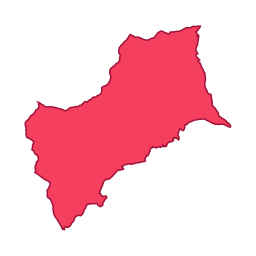 the district of Dragoslavele, Arges, Romania, rotated 173°
{"feature_id": "2599482B51563470344837", "entity_name": "Dragoslavele", "entity_type": "district", "adm_level": 2, "iso_a3": "ROU", "parent_name": "Romania", "parent_adm1": "Arges", "projection": "albers", "projection_center": [25.232, 45.358], "detail": "fine", "context": "isolated", "style": "filled", "palette": "rose", "viewbox_px": 256, "rotation_deg": 173, "n_neighbors": 0, "source": "geoboundaries", "source_scale": "gbopen_adm2", "svg_char_len": 5814}
<svg xmlns="http://www.w3.org/2000/svg" viewBox="0 0 256 256"><g transform="rotate(173 128 128)"><path d="M214.0,164.5L213.7,163.9L213.9,162.1L213.8,160.2L214.0,159.6L214.6,158.4L217.4,156.9L219.5,154.0L221.0,153.0L223.1,152.0L225.8,148.5L226.8,148.1L228.5,146.8L229.0,146.3L229.3,145.4L229.6,143.8L229.5,142.0L229.0,140.7L229.7,138.2L229.4,136.5L230.1,134.8L229.7,134.2L229.9,133.1L229.6,131.2L229.4,130.8L226.4,129.1L225.2,128.0L223.4,126.0L223.4,125.0L224.7,122.8L225.0,121.9L225.1,120.0L225.9,118.8L226.0,118.3L225.7,117.9L224.9,117.4L224.5,116.9L224.5,116.4L224.0,115.4L223.7,114.1L222.5,112.7L220.9,111.5L220.7,111.0L220.9,110.0L220.7,108.3L220.9,107.6L221.5,106.5L223.2,105.2L223.3,103.6L224.3,102.5L224.8,101.3L225.0,99.0L224.9,96.7L225.8,95.4L225.1,94.5L224.1,93.9L222.7,92.7L219.6,89.5L218.5,88.6L217.7,87.7L216.5,86.6L215.7,86.3L213.6,85.1L213.4,84.4L212.5,83.9L212.1,83.2L212.4,81.1L212.6,80.3L214.0,78.5L214.8,77.0L215.7,76.3L215.9,75.9L216.0,72.6L216.5,71.2L216.4,69.8L216.0,68.8L214.6,67.6L213.5,66.0L213.0,64.2L212.4,62.7L212.0,60.0L212.0,58.4L212.4,55.3L212.2,54.1L212.2,52.3L212.0,51.5L210.9,48.4L209.6,46.2L209.1,44.9L206.0,38.1L205.7,36.3L205.1,35.4L204.4,35.0L203.2,35.0L203.3,35.4L203.9,36.5L203.7,36.8L203.4,37.0L201.8,37.5L200.6,36.8L199.8,36.7L199.0,37.0L197.4,37.9L196.6,38.8L195.7,40.4L194.3,41.3L193.3,42.4L192.7,43.4L192.6,43.9L192.2,44.3L191.7,45.6L191.4,45.9L191.0,46.0L190.5,46.6L189.4,46.9L188.0,47.5L185.8,46.7L184.0,47.6L183.4,48.6L182.2,50.1L181.9,51.4L179.9,53.6L178.9,56.0L178.1,56.5L176.8,57.7L176.3,57.6L175.6,57.0L172.9,57.4L170.5,56.9L168.0,56.7L167.7,56.3L166.9,54.5L166.1,54.1L164.9,53.2L162.4,54.5L162.3,55.9L161.6,57.2L161.1,57.8L160.9,57.9L160.5,58.5L160.4,59.1L157.8,61.1L157.6,61.7L157.9,63.0L158.5,63.1L161.0,63.1L161.7,63.7L162.1,63.8L162.7,64.4L163.1,65.3L163.3,66.4L164.4,66.9L164.1,67.1L163.6,68.3L162.7,69.8L162.4,71.1L161.5,72.2L160.6,73.8L160.2,74.2L159.9,75.7L159.4,76.2L158.6,77.8L157.4,79.1L156.5,79.1L155.8,79.6L155.2,79.8L154.3,79.5L153.3,79.6L152.2,80.1L148.8,82.5L144.5,86.3L142.6,87.6L142.1,87.6L141.7,87.1L137.4,87.7L137.6,88.3L138.6,89.9L138.8,90.7L136.9,91.1L136.3,91.5L135.8,92.1L133.9,92.0L131.4,92.3L128.8,91.5L128.1,91.9L126.3,91.8L124.1,92.3L122.3,92.2L121.0,92.4L120.3,92.4L119.2,92.8L118.0,92.6L115.4,92.8L114.8,93.3L114.7,94.2L114.9,94.9L114.8,96.1L113.2,97.4L113.1,98.3L112.8,98.5L111.6,98.1L108.9,102.6L108.6,104.0L107.6,105.1L107.1,105.5L106.6,105.4L105.9,106.4L105.7,106.3L105.7,106.0L105.1,105.8L105.1,106.2L104.1,105.9L102.7,104.8L102.3,105.0L99.2,105.5L97.9,104.8L95.9,105.7L95.6,106.6L94.8,105.3L94.4,105.0L93.9,105.1L93.9,105.8L92.3,105.1L92.1,105.2L92.3,105.6L92.3,105.8L91.9,105.8L91.5,106.7L89.7,108.9L88.3,108.9L87.0,109.2L85.8,109.2L85.2,110.4L84.2,110.0L84.1,110.5L84.4,110.9L84.6,111.4L84.6,112.3L84.2,112.6L82.1,112.6L82.0,112.1L81.0,111.9L80.1,111.2L79.8,110.4L79.5,110.1L79.2,110.6L78.8,110.7L78.8,111.3L78.5,111.9L78.8,113.6L79.5,114.7L78.6,116.7L78.0,118.8L76.8,120.7L76.2,120.6L74.9,119.3L73.5,118.7L72.5,119.7L72.1,120.5L70.9,124.3L68.9,124.3L68.5,125.2L68.0,125.7L66.9,126.0L65.9,126.4L64.0,126.7L63.2,127.1L61.0,127.8L59.1,127.7L57.8,128.2L56.9,127.7L55.8,128.2L55.0,127.9L51.3,127.7L50.0,127.1L49.4,126.3L47.1,125.0L43.8,122.5L41.9,121.9L41.3,121.2L40.7,121.0L38.8,120.8L37.3,120.4L35.3,120.6L32.8,120.0L30.2,118.6L27.7,116.7L26.7,116.6L26.1,116.1L26.3,116.5L25.9,117.6L26.3,118.5L27.8,120.8L28.7,121.3L29.9,123.2L30.6,124.0L34.8,127.4L36.3,128.9L36.5,129.5L36.6,130.4L36.5,131.7L37.3,133.6L37.9,134.2L38.8,136.4L41.7,140.5L41.8,141.1L41.4,142.0L41.3,143.0L41.4,146.2L41.4,147.0L41.6,149.7L41.5,150.9L42.6,151.8L44.2,152.4L44.2,152.7L44.7,153.1L45.1,155.6L46.2,158.3L46.4,159.7L46.5,161.8L45.8,165.1L45.4,166.0L45.4,166.6L45.0,167.9L45.0,170.1L45.4,171.0L44.9,172.4L45.2,173.8L46.0,174.4L46.0,175.5L47.9,181.1L48.7,183.2L48.4,183.5L50.2,185.2L50.0,185.4L50.1,185.6L50.1,186.2L49.3,186.6L48.6,186.7L51.0,190.1L51.3,190.7L51.9,191.6L51.5,192.4L49.6,193.3L50.1,194.1L50.4,195.0L50.8,195.7L51.3,197.7L48.8,202.6L46.6,210.5L47.6,210.6L46.6,211.1L47.9,213.2L49.0,214.5L48.9,214.7L48.4,215.4L47.2,216.0L46.0,217.5L44.4,219.0L43.8,220.3L46.4,220.6L48.1,220.3L50.7,221.0L52.7,220.6L53.3,220.0L53.7,219.9L58.1,220.4L58.9,220.2L59.4,219.8L60.0,219.8L60.6,219.3L62.5,218.7L63.5,218.2L65.2,217.8L66.4,217.8L66.7,218.0L70.6,217.8L72.1,218.0L74.8,217.9L74.8,217.3L75.1,216.6L75.7,216.4L77.3,216.8L77.6,217.0L77.9,217.5L78.9,217.6L80.9,218.9L81.1,219.3L81.5,219.5L83.5,220.2L85.9,219.3L86.9,218.7L91.5,214.1L92.1,214.3L93.2,214.2L97.2,213.0L98.7,212.9L100.9,213.6L101.7,213.7L102.3,214.5L103.8,215.2L104.6,215.9L106.7,216.9L109.4,217.2L109.9,217.1L111.3,218.5L112.0,219.0L113.2,219.6L114.1,220.6L115.3,219.7L115.8,219.1L116.6,217.8L117.5,217.1L117.9,216.7L118.1,215.8L118.2,215.7L119.3,215.3L119.9,214.7L121.2,214.0L122.6,212.7L123.6,211.5L125.0,210.9L125.2,210.4L125.7,210.0L126.9,208.7L127.1,208.2L127.2,207.1L127.6,206.4L127.8,205.7L127.5,205.1L127.9,203.2L127.8,202.8L126.6,201.3L126.6,201.0L127.8,198.7L128.0,196.2L129.5,194.4L132.4,192.9L133.8,191.6L135.2,190.8L135.6,190.8L138.3,188.7L138.8,187.7L139.2,186.5L139.3,185.4L139.1,182.3L138.8,181.4L138.7,180.8L139.2,179.3L140.1,177.7L140.3,176.9L142.0,174.8L142.3,174.4L142.2,174.2L142.3,174.0L145.0,172.8L147.7,172.1L149.2,171.2L149.4,168.0L151.2,164.7L151.8,164.7L153.2,164.1L154.7,163.7L156.4,162.7L158.1,162.8L159.2,162.6L160.3,161.8L161.0,160.9L162.0,160.8L162.9,160.5L163.7,159.8L164.1,159.8L165.2,158.7L167.5,159.5L170.4,157.5L171.3,156.6L172.2,156.2L173.5,156.3L174.0,155.8L175.5,155.3L177.5,155.8L179.3,155.3L182.5,155.3L183.7,154.9L186.4,153.1L187.6,153.0L188.4,152.7L191.1,154.5L194.6,155.9L195.6,156.2L197.1,157.0L202.1,158.5L205.4,158.7L207.5,159.3L209.2,160.9L211.8,162.8L212.4,163.5L214.0,164.5Z" fill="#f43f5e" stroke="#9f1239" stroke-width="1.5"/></g></svg>